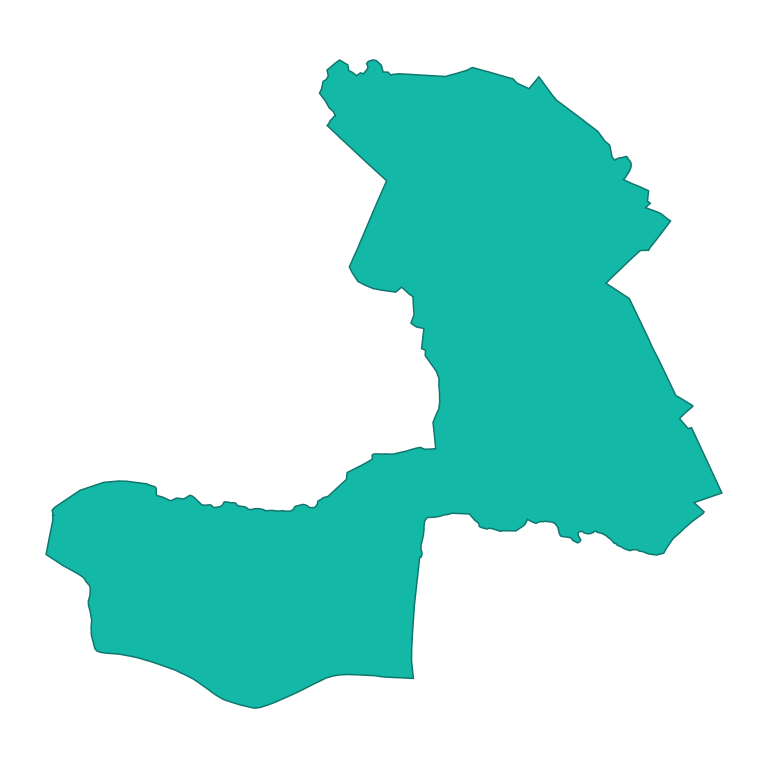 the district of Dorolt, Satu Mare, Romania
{"feature_id": "2599482B34553912089918", "entity_name": "Dorolt", "entity_type": "district", "adm_level": 2, "iso_a3": "ROU", "parent_name": "Romania", "parent_adm1": "Satu Mare", "projection": "equal_earth", "projection_center": [22.775, 47.851], "detail": "fine", "context": "isolated", "style": "filled", "palette": "teal", "viewbox_px": 768, "rotation_deg": 0, "n_neighbors": 0, "source": "geoboundaries", "source_scale": "gbopen_adm2", "svg_char_len": 6047}
<svg xmlns="http://www.w3.org/2000/svg" viewBox="0 0 768 768"><path d="M413.4,678.4L411.5,660.6L411.7,648.0L412.7,630.0L414.4,605.2L419.7,557.3L420.8,557.2L421.3,556.9L421.6,556.1L421.8,555.3L422.0,554.1L421.9,552.0L421.0,549.7L420.9,548.2L421.1,544.9L422.8,538.1L423.0,536.6L423.5,535.0L423.5,533.2L423.8,532.0L424.0,529.6L424.0,525.8L424.5,522.4L424.6,521.3L426.5,518.4L427.6,517.5L434.5,517.2L438.9,516.5L444.4,514.9L447.8,514.5L450.7,513.7L451.8,513.2L469.4,514.0L472.0,517.1L474.7,520.1L476.9,522.0L478.1,522.9L478.8,523.8L479.3,526.4L479.6,526.7L482.2,527.8L486.9,529.0L487.6,528.9L488.8,528.2L490.9,528.4L498.0,530.4L498.1,530.7L501.0,531.4L502.0,530.9L502.2,530.7L515.9,530.9L523.7,525.6L525.0,524.3L526.4,521.9L527.4,519.3L530.4,521.0L535.1,523.1L536.0,523.3L536.3,523.3L536.8,523.1L537.3,522.6L540.9,521.5L542.4,521.7L543.8,521.6L544.4,521.4L547.5,521.5L548.4,521.8L550.8,521.8L552.5,522.3L554.9,523.4L556.5,525.4L558.1,527.8L558.9,532.0L559.5,533.9L560.1,535.1L561.0,536.2L561.8,536.5L562.8,536.5L564.9,536.9L565.7,536.9L570.9,537.8L572.7,540.3L574.8,541.4L577.0,542.7L578.3,542.7L579.9,541.6L580.5,540.7L580.7,539.5L579.3,537.4L578.0,534.9L578.4,532.5L579.1,531.7L581.8,531.4L582.9,531.6L583.7,532.7L585.3,533.3L587.6,533.7L589.5,533.8L590.9,533.5L591.0,533.1L592.2,532.8L593.0,532.8L594.3,531.5L594.8,531.3L596.2,531.3L596.8,531.6L597.1,532.3L600.5,533.0L602.4,533.6L604.9,535.0L606.7,536.1L608.8,538.0L610.0,538.6L610.4,538.9L610.9,539.7L612.4,541.0L614.3,543.3L615.5,543.4L616.0,543.6L616.7,544.7L617.7,545.4L621.4,546.9L623.8,548.5L625.7,549.3L629.7,550.6L630.5,550.5L633.1,549.7L635.4,549.8L636.4,549.6L637.2,549.7L638.3,550.7L639.1,551.0L642.3,551.6L643.6,551.9L646.9,553.4L649.7,554.1L656.7,555.0L663.8,553.1L665.6,549.9L667.1,547.3L670.1,542.9L673.2,538.5L678.7,533.7L684.8,527.9L692.0,521.7L703.1,513.4L704.1,511.9L694.1,502.6L721.9,493.0L691.5,427.6L688.3,428.7L680.1,419.3L680.0,418.5L680.0,418.0L684.6,413.5L692.8,406.3L692.7,405.7L678.4,396.9L678.1,396.9L675.5,395.1L674.5,392.7L659.4,361.1L651.8,346.3L648.2,338.0L629.3,298.5L606.0,283.3L610.5,278.7L632.1,258.0L639.5,251.2L641.1,250.4L648.6,250.4L649.6,248.3L657.7,238.0L670.6,221.0L667.4,218.8L660.9,213.6L656.9,211.8L645.5,207.7L650.3,203.2L647.3,201.1L647.5,200.8L648.6,190.8L641.1,187.3L631.0,183.2L623.4,179.5L624.0,179.0L625.5,177.3L626.4,175.9L626.9,175.0L629.1,171.8L630.1,169.5L630.5,168.6L631.1,166.8L631.1,163.3L630.6,162.0L629.6,160.6L628.3,159.2L627.7,158.8L627.6,158.2L627.8,157.7L627.0,156.9L626.1,156.4L622.2,157.6L619.7,157.9L618.2,158.3L617.4,158.6L615.6,159.5L614.7,160.2L612.1,157.1L610.8,150.6L609.8,145.6L609.6,145.1L604.8,141.0L597.8,131.4L575.4,114.3L556.6,100.3L555.6,99.3L555.8,99.2L552.4,95.2L539.5,77.7L538.8,76.9L529.0,88.7L517.6,83.4L516.3,82.5L512.9,78.7L510.9,78.3L487.5,71.6L472.3,67.5L467.1,70.2L456.9,73.3L449.0,75.4L445.6,76.5L399.7,73.8L399.1,74.0L398.6,73.8L392.8,74.4L390.6,75.0L388.2,72.2L383.1,72.0L381.4,65.2L376.3,60.6L372.8,59.9L368.4,61.4L366.6,63.4L367.9,66.9L367.3,69.3L365.0,71.8L363.7,73.7L360.4,72.9L357.8,74.7L357.4,75.3L357.0,75.6L356.1,75.5L355.2,74.5L352.1,72.2L348.6,70.4L348.3,66.8L347.9,66.0L347.8,64.9L339.6,60.0L335.7,62.8L327.0,70.1L328.3,75.8L326.3,79.5L323.1,81.4L321.6,88.7L319.5,93.2L325.6,101.3L329.0,107.6L333.3,111.7L335.5,115.8L334.5,116.0L329.9,121.1L329.3,122.6L327.2,125.6L335.9,133.7L340.0,137.8L344.1,141.5L366.5,162.4L384.6,178.9L386.6,180.9L381.1,193.2L376.2,204.4L356.4,251.2L353.5,257.3L351.8,261.4L349.3,267.0L352.4,273.0L358.0,281.5L365.1,285.2L373.2,288.6L382.0,290.2L395.7,292.1L401.6,287.2L406.5,291.6L409.6,294.5L412.9,296.5L413.7,310.5L414.1,314.7L411.7,321.0L411.0,323.2L413.5,325.1L415.5,326.4L417.2,327.2L421.1,327.9L423.8,328.5L423.9,328.9L422.7,338.6L421.6,348.6L425.2,350.2L425.4,350.5L425.5,351.0L425.2,355.6L436.5,371.5L439.0,378.5L438.9,385.1L439.5,392.7L439.7,402.7L438.6,409.4L436.0,414.9L433.0,422.4L434.5,436.4L435.7,448.7L429.8,449.1L424.2,449.2L421.0,447.6L419.3,447.5L414.6,448.6L405.8,451.2L398.7,452.8L394.4,453.9L391.2,454.2L386.0,453.9L382.7,454.1L375.4,453.9L372.9,454.4L372.1,455.2L372.4,457.7L372.1,459.2L371.2,459.7L369.4,461.0L360.5,465.8L347.2,472.5L346.4,479.4L328.1,496.3L325.5,497.1L323.8,497.4L322.4,498.2L320.7,499.7L319.3,500.2L318.2,500.9L317.6,501.9L317.5,503.8L315.5,506.8L313.9,507.6L309.8,507.6L307.3,505.9L305.7,505.0L303.0,504.4L295.4,506.3L294.3,507.5L293.5,509.2L290.4,511.2L288.5,511.1L285.7,511.2L282.5,510.6L278.4,511.1L271.9,510.4L269.9,510.4L268.9,510.6L266.4,510.7L265.1,510.9L263.8,509.6L261.8,509.2L258.6,508.6L254.0,508.8L251.9,509.5L249.6,509.5L248.8,509.3L247.9,508.9L246.3,507.4L245.0,506.9L238.5,505.9L236.8,505.0L236.1,503.6L235.2,503.0L234.6,502.7L231.6,502.9L228.5,502.2L224.6,501.8L223.7,502.6L222.7,504.5L221.8,505.6L220.4,506.6L215.9,507.4L213.8,507.4L213.0,507.0L211.2,505.1L210.1,504.8L205.2,505.2L201.9,504.9L193.8,497.2L192.4,496.1L190.4,495.4L189.3,495.6L185.2,498.2L183.8,498.9L182.5,498.8L180.6,498.6L178.2,498.1L176.2,498.2L171.9,500.3L170.5,500.6L169.1,500.2L164.8,498.1L162.2,497.0L157.2,495.6L156.1,494.4L156.3,490.4L156.3,489.1L155.7,487.5L154.9,486.8L148.2,484.6L147.1,483.9L126.4,481.2L120.8,481.1L118.8,481.0L103.6,482.4L79.9,490.4L55.2,507.0L52.2,510.0L52.4,511.9L53.5,515.2L52.6,515.1L52.9,518.9L52.4,522.4L48.8,540.2L46.1,554.5L63.3,565.8L72.4,570.7L78.8,574.4L82.5,576.8L84.1,578.2L85.6,580.9L87.7,583.6L89.4,585.3L90.2,588.0L90.2,589.1L90.0,594.8L89.2,598.2L88.3,601.1L88.5,605.5L89.3,608.2L90.3,612.1L91.7,620.4L91.1,627.2L91.3,634.3L91.9,637.4L93.0,641.3L94.4,646.9L95.2,649.2L97.1,651.1L100.6,652.4L106.8,653.2L119.0,654.1L130.0,656.1L137.4,657.7L150.1,661.4L158.9,664.3L176.1,670.5L180.7,672.9L183.4,674.0L193.3,679.0L197.8,682.0L208.7,689.8L212.5,692.7L216.4,695.4L223.6,699.6L231.4,702.2L240.0,704.9L244.0,705.8L253.0,707.9L254.5,708.1L258.1,707.8L261.1,707.2L268.4,704.8L275.6,702.0L288.6,696.3L298.9,691.6L313.9,683.9L318.1,682.0L326.0,678.0L333.5,675.9L338.9,675.0L347.0,674.5L359.3,674.9L375.2,675.7L380.5,676.6L385.2,677.1L413.4,678.4Z" fill="#14b8a6" stroke="#0f766e" stroke-width="1.5"/></svg>